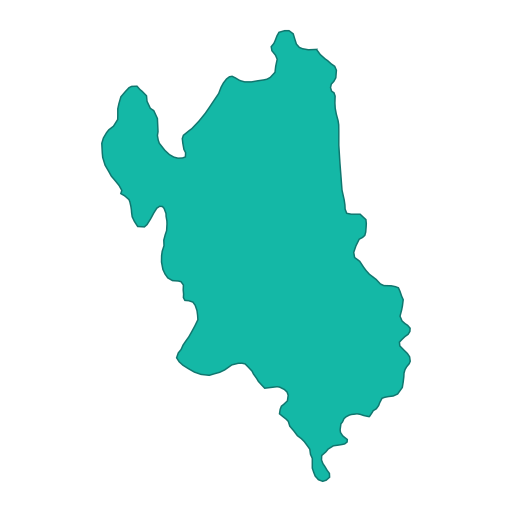 Zhabinka, Brest, Belarus
{"feature_id": "67162791B54933494059720", "entity_name": "Zhabinka", "entity_type": "district", "adm_level": 2, "iso_a3": "BLR", "parent_name": "Belarus", "parent_adm1": "Brest", "projection": "albers", "projection_center": [24.06, 52.177], "detail": "fine", "context": "isolated", "style": "filled", "palette": "teal", "viewbox_px": 512, "rotation_deg": 0, "n_neighbors": 0, "source": "geoboundaries", "source_scale": "gbopen_adm2", "svg_char_len": 3808}
<svg xmlns="http://www.w3.org/2000/svg" viewBox="0 0 512 512"><path d="M289.8,426.2L293.9,431.0L297.4,435.7L301.3,438.6L304.3,441.6L308.2,446.9L309.8,449.2L310.5,454.4L312.3,458.4L312.3,462.9L312.3,468.1L313.7,472.3L315.2,476.1L318.4,479.7L322.7,481.3L326.2,480.2L329.6,477.2L329.4,473.4L327.1,470.3L325.1,466.9L322.9,463.6L321.5,460.0L321.7,455.5L325.8,451.9L328.2,449.0L333.4,445.8L339.0,445.0L342.0,444.5L344.7,443.9L347.1,442.0L347.3,439.5L344.5,437.3L342.6,435.7L340.5,432.5L340.1,429.8L340.9,423.9L342.5,421.9L344.0,418.6L346.2,416.7L349.5,415.0L351.8,414.4L354.2,414.2L357.0,413.8L360.1,414.3L363.7,415.5L368.7,416.6L369.4,416.6L371.7,413.2L373.3,410.6L376.3,408.8L378.6,405.6L379.7,402.7L382.0,398.3L384.7,397.3L388.2,396.6L393.2,396.0L397.6,394.0L402.3,387.5L403.2,382.0L403.8,376.9L404.0,373.1L405.0,369.6L406.7,366.7L409.2,363.7L410.2,361.2L409.6,356.8L407.4,353.5L403.5,349.7L399.8,345.9L399.4,342.1L402.2,339.2L404.9,336.6L408.1,334.3L409.9,331.4L410.1,328.2L407.6,325.3L405.0,323.6L402.0,320.9L400.0,316.2L401.6,310.1L402.4,306.1L403.2,299.7L401.6,296.1L400.0,291.4L398.4,287.8L395.5,286.7L391.3,285.8L383.9,285.6L380.3,283.9L376.1,279.4L369.4,274.3L366.0,270.5L363.5,267.1L359.7,261.3L354.6,257.5L353.7,252.4L355.9,245.9L359.2,239.2L362.6,237.4L364.8,235.4L365.7,232.1L366.1,227.2L366.3,223.6L365.9,219.6L363.2,217.1L360.1,214.2L355.4,214.2L351.2,214.2L346.7,213.3L345.1,209.1L344.9,204.9L344.2,200.0L342.0,190.1L339.9,162.7L338.8,145.3L338.8,131.1L338.7,124.8L338.1,120.8L336.3,114.1L335.2,108.3L334.9,103.0L335.1,96.1L334.0,92.8L331.6,91.2L330.5,87.6L331.3,84.1L333.8,81.4L335.8,77.8L336.4,70.3L334.7,66.3L331.1,63.8L327.7,60.7L325.1,58.9L320.2,54.5L316.6,49.6L316.7,49.4L308.4,49.8L302.4,48.7L299.3,47.4L296.4,44.1L294.6,38.5L293.2,33.8L289.0,30.7L284.6,30.7L279.0,32.3L277.0,35.8L275.2,40.5L273.9,43.4L271.2,46.7L271.9,50.7L275.5,55.2L277.2,59.2L275.7,66.3L275.0,72.3L270.3,77.4L267.0,79.2L263.9,79.9L257.7,80.8L251.4,81.9L244.7,81.9L240.7,80.8L239.0,80.1L235.4,77.9L232.1,76.3L229.4,76.8L226.5,79.0L223.4,83.0L221.1,87.2L218.7,93.5L212.7,102.4L209.3,107.5L205.3,113.3L198.8,121.3L191.9,128.6L189.2,130.6L185.9,133.3L183.4,135.3L182.3,138.6L182.8,143.1L183.9,149.3L185.6,152.7L185.4,156.9L182.5,158.0L178.0,158.2L173.8,157.1L169.4,154.6L164.9,150.4L159.3,143.3L158.2,140.1L157.4,135.5L158.0,131.7L157.8,127.2L157.4,118.5L153.8,110.7L150.3,108.3L147.0,101.3L146.5,95.8L142.1,91.3L139.9,89.5L137.0,86.2L131.6,86.4L129.0,87.7L125.6,91.3L120.9,96.8L118.9,103.7L117.8,108.8L117.8,115.5L117.7,119.5L113.5,126.2L108.8,129.8L106.6,132.6L103.4,138.0L101.8,143.3L102.3,153.1L102.7,157.4L105.1,165.2L108.9,171.7L111.3,176.1L115.3,180.8L119.1,185.5L121.8,190.4L120.8,193.6L124.5,195.7L129.0,199.6L129.9,202.0L130.9,206.5L131.4,209.9L131.6,212.6L132.2,216.8L134.4,221.4L137.7,226.5L144.4,226.9L147.0,224.6L150.4,219.2L151.8,216.7L153.7,213.1L156.8,208.2L159.6,206.3L162.4,206.5L164.1,208.4L166.0,213.5L166.1,216.4L166.9,220.9L167.0,224.0L166.6,230.7L165.2,234.8L163.8,240.1L164.0,245.7L162.2,251.3L161.6,255.7L161.5,262.0L162.9,269.4L165.1,274.1L167.8,277.9L172.5,280.6L178.3,281.0L181.0,281.7L183.4,285.0L183.2,290.0L183.6,294.2L183.4,297.6L184.9,300.4L188.7,300.7L192.9,302.1L195.2,305.3L197.0,310.6L197.6,315.3L197.9,319.7L194.9,325.9L191.8,331.6L188.8,336.9L185.7,341.2L183.1,345.0L181.1,349.5L178.3,352.9L176.6,357.8L179.2,361.8L182.9,365.2L188.3,368.6L194.4,372.1L201.0,374.4L209.3,375.3L213.9,373.9L219.7,372.3L224.7,369.9L231.8,364.9L238.1,363.3L241.9,363.2L245.1,363.9L248.2,367.0L252.1,371.2L253.4,373.9L256.7,378.5L258.4,381.4L261.4,384.7L264.7,388.2L270.5,387.5L277.1,386.7L279.6,387.1L284.4,389.5L287.1,392.1L288.2,395.3L287.4,400.9L283.9,404.2L281.4,406.2L280.2,409.3L279.5,413.8L282.4,416.2L286.1,419.1L288.3,421.4L289.8,426.2Z" fill="#14b8a6" stroke="#0f766e" stroke-width="1.5"/></svg>